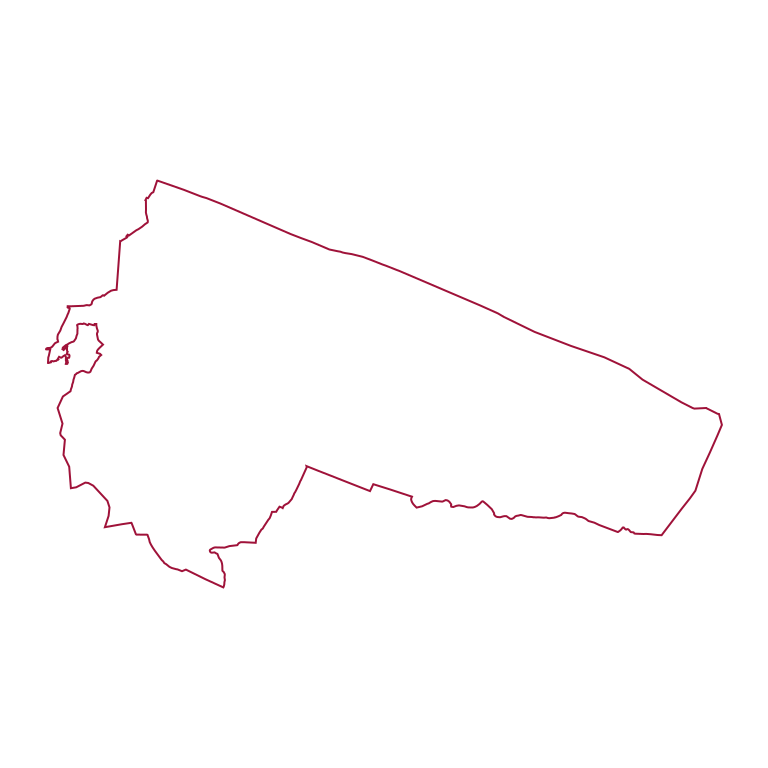 Isaccea, Tulcea, Romania
{"feature_id": "2599482B37451561707315", "entity_name": "Isaccea", "entity_type": "district", "adm_level": 2, "iso_a3": "ROU", "parent_name": "Romania", "parent_adm1": "Tulcea", "projection": "natural_earth1", "projection_center": [28.418, 45.256], "detail": "fine", "context": "isolated", "style": "outline", "palette": "rose", "viewbox_px": 768, "rotation_deg": 0, "n_neighbors": 0, "source": "geoboundaries", "source_scale": "gbopen_adm2", "svg_char_len": 5901}
<svg xmlns="http://www.w3.org/2000/svg" viewBox="0 0 768 768"><path d="M719.0,414.0L717.6,413.8L706.6,408.3L706.3,408.0L694.4,408.6L692.6,408.0L681.4,402.3L642.5,379.6L629.3,368.9L604.3,357.3L570.9,345.9L534.6,331.9L503.8,316.9L497.9,313.4L480.3,305.5L398.5,270.6L397.3,270.2L385.9,265.7L382.5,264.5L371.9,260.3L362.6,256.8L351.7,254.1L345.4,253.1L342.6,252.5L340.4,251.7L338.0,251.3L329.4,249.5L311.5,241.9L301.4,238.2L290.5,234.0L220.3,203.5L206.5,198.1L202.3,196.9L200.0,196.1L183.8,189.8L157.4,180.6L157.1,180.7L153.3,192.2L151.7,193.0L150.4,194.5L148.0,198.2L146.6,197.8L145.4,200.2L145.9,200.5L146.0,209.4L145.9,212.5L146.3,214.5L146.9,216.5L147.1,218.3L147.8,220.6L147.8,222.0L147.6,222.5L145.0,224.2L142.1,226.7L138.4,229.2L136.4,230.2L129.1,235.4L127.7,234.7L126.5,236.2L127.4,236.8L126.8,237.6L122.2,240.2L120.4,241.4L120.2,241.3L116.6,289.8L113.4,290.1L111.1,290.7L107.8,292.7L104.1,295.7L103.7,295.3L102.7,295.3L100.5,297.1L97.5,297.7L94.7,298.7L93.5,299.6L92.4,301.1L92.0,302.1L91.8,303.4L91.4,304.3L89.5,305.4L86.8,305.1L85.7,305.3L83.7,305.8L70.2,306.3L67.7,306.2L67.6,307.4L68.2,307.8L69.4,307.9L69.7,308.4L69.7,308.9L68.3,313.1L67.6,314.5L66.6,317.1L63.5,323.3L61.6,326.9L60.3,330.6L57.9,334.6L57.5,336.5L57.4,339.2L57.7,339.8L58.1,341.7L56.1,342.6L54.9,343.3L52.2,346.7L50.7,347.7L49.3,348.0L47.8,348.0L46.6,348.4L46.1,349.0L46.1,349.3L46.5,349.4L49.0,349.4L50.2,349.6L48.8,355.9L48.3,357.4L48.0,362.9L48.8,363.0L49.4,362.5L50.3,362.5L51.0,362.3L51.1,362.1L50.9,361.7L50.9,361.4L52.0,361.0L53.7,361.4L54.4,361.1L56.4,360.8L56.6,360.3L57.3,359.9L57.9,359.9L58.2,359.6L57.6,359.3L59.1,356.8L61.0,357.7L61.6,357.6L63.8,355.8L64.4,355.7L65.0,355.2L65.4,355.7L65.9,357.1L65.9,360.6L66.1,361.0L66.2,362.6L66.1,363.0L65.8,363.9L66.1,364.0L66.6,363.8L67.3,363.8L67.6,363.0L67.9,362.6L67.6,361.6L67.5,360.6L66.9,359.7L66.8,359.3L68.0,357.7L69.1,357.7L69.4,356.8L69.5,355.7L69.4,355.2L69.1,354.7L67.0,354.2L66.8,354.0L67.2,352.5L67.7,351.8L67.1,351.0L67.0,349.3L67.0,347.3L67.4,346.2L67.1,345.9L66.6,346.1L65.3,348.4L63.6,350.0L62.5,349.1L63.5,348.2L63.0,347.5L65.9,345.1L67.6,344.4L68.6,343.6L71.6,342.1L72.9,341.8L73.9,341.3L75.9,338.4L76.6,335.7L77.4,333.7L77.4,331.7L77.5,330.7L77.4,330.2L77.5,328.8L77.6,328.4L77.4,326.1L77.1,325.3L77.2,324.9L77.8,324.5L79.1,324.0L80.2,323.8L82.4,324.0L83.1,323.9L83.6,323.5L84.7,323.7L87.4,325.1L87.9,325.1L88.9,323.9L93.1,325.1L94.2,325.2L94.6,324.0L96.3,324.0L96.3,325.4L96.9,328.3L97.7,330.5L97.8,331.1L97.6,332.2L97.1,333.1L97.0,333.7L97.0,334.5L98.0,339.5L98.8,340.7L101.0,342.7L103.0,344.6L99.5,347.9L98.0,349.5L97.2,350.7L96.9,352.0L96.8,352.8L100.0,353.8L101.2,355.0L99.0,356.9L98.3,358.5L97.8,359.2L96.8,360.5L95.8,361.2L95.4,361.8L93.6,365.7L91.7,368.6L90.4,371.7L89.6,372.3L89.0,372.5L87.5,372.5L86.3,372.2L83.6,371.0L82.3,370.9L81.0,371.2L77.7,373.0L76.7,373.3L76.2,374.0L74.9,374.9L74.3,377.3L73.5,379.7L73.1,382.1L72.2,384.6L72.0,386.3L71.5,387.8L71.0,389.0L70.5,391.2L62.9,396.5L57.6,408.0L62.5,423.6L60.2,433.1L60.7,435.3L64.9,439.7L63.5,455.0L69.2,466.7L70.9,488.2L76.2,487.3L85.3,482.6L88.3,483.0L93.3,485.7L107.4,500.9L109.5,507.4L108.6,515.9L104.9,527.2L122.0,524.2L131.4,522.8L131.5,522.9L132.7,525.9L135.9,534.2L136.4,534.6L147.0,534.7L147.5,534.9L149.1,539.3L149.7,542.0L150.9,544.5L152.6,547.4L154.9,550.8L160.5,558.4L161.8,560.1L163.3,561.5L164.3,563.1L166.2,564.2L169.4,566.8L171.8,568.0L176.2,569.2L177.5,569.4L182.0,571.2L185.9,569.6L205.4,579.2L223.3,587.4L223.7,586.7L224.3,584.3L224.4,582.3L224.9,580.1L224.5,577.4L224.8,574.8L224.7,573.9L223.7,572.0L222.7,571.1L222.4,570.6L222.3,565.8L222.0,563.5L221.4,561.5L220.8,560.3L218.9,557.8L217.8,554.8L217.4,553.9L216.0,553.3L214.6,552.4L212.0,552.7L211.2,552.6L210.5,552.2L210.0,551.4L209.8,550.5L209.9,550.1L210.3,549.6L213.5,547.8L215.0,547.4L224.7,547.6L229.4,546.1L237.1,545.2L237.4,545.1L238.2,543.8L238.8,543.2L239.8,542.6L240.8,542.2L244.1,542.2L255.7,542.8L256.2,538.5L259.4,532.7L261.4,529.6L262.6,528.7L263.2,527.8L263.7,526.8L268.3,519.8L269.6,518.3L270.8,515.5L272.0,511.9L276.2,511.8L277.1,510.2L279.5,506.7L281.8,507.5L282.7,508.1L283.7,505.8L285.5,504.5L287.4,503.6L288.5,502.9L291.8,499.0L292.3,497.8L293.9,494.5L294.2,493.5L295.1,492.2L296.4,489.7L299.2,483.9L300.3,481.1L300.9,480.2L306.8,467.1L306.5,466.1L318.5,470.9L370.0,491.1L373.3,484.2L390.2,489.5L412.0,496.7L411.4,498.0L411.1,499.2L411.4,500.6L412.1,502.3L413.1,503.9L414.5,505.5L416.6,507.6L422.1,506.3L427.3,503.8L428.7,503.4L430.6,502.2L432.7,501.2L433.7,501.0L435.3,500.9L442.1,501.6L442.7,501.5L445.6,500.1L446.4,500.2L447.6,500.5L449.3,501.7L451.2,504.3L451.2,504.8L451.0,505.7L451.3,506.7L453.3,507.0L456.5,505.8L459.0,505.4L464.5,506.3L466.8,507.1L468.3,507.4L472.5,507.5L473.7,507.3L475.4,506.7L477.1,505.8L479.6,503.9L481.7,501.7L482.2,501.4L482.8,501.3L483.3,501.6L484.1,502.2L487.4,505.0L491.8,509.2L494.1,513.2L494.1,514.5L494.4,514.8L494.6,515.3L495.5,516.2L496.4,516.7L497.4,517.0L499.4,517.2L500.3,517.2L503.1,516.4L504.5,516.1L506.2,516.1L506.8,516.4L510.0,518.7L511.7,518.9L512.5,518.6L513.9,517.8L514.9,516.7L515.7,516.2L516.9,515.8L518.3,515.6L520.5,515.0L521.5,515.1L527.5,516.8L531.9,517.0L533.5,517.3L533.8,517.2L535.9,517.4L538.4,517.3L543.8,517.7L546.2,517.5L548.2,518.1L549.5,518.2L554.1,517.7L555.1,517.3L555.5,517.4L558.6,516.2L561.3,514.9L561.7,514.3L562.2,513.7L563.3,513.0L564.9,512.7L568.7,513.2L571.7,513.5L574.6,514.0L575.5,514.6L577.8,516.4L578.7,516.7L581.9,517.1L584.9,518.4L586.1,519.1L588.5,521.0L594.4,522.7L599.2,525.0L617.7,532.0L618.0,532.0L619.9,530.7L621.1,529.6L622.7,527.6L623.6,527.8L623.8,527.6L625.2,529.1L625.8,529.5L626.2,529.6L627.2,529.1L627.7,529.1L628.3,529.4L629.1,530.1L630.6,531.9L630.9,532.1L633.6,532.4L634.4,533.5L635.6,533.7L643.6,534.0L646.1,533.9L650.4,534.2L657.5,535.0L661.6,535.2L681.9,508.5L689.8,498.5L695.4,490.7L702.3,468.9L709.9,452.5L717.5,435.3L721.9,424.9L719.0,414.0Z" fill="none" stroke="#9f1239" stroke-width="2"/></svg>